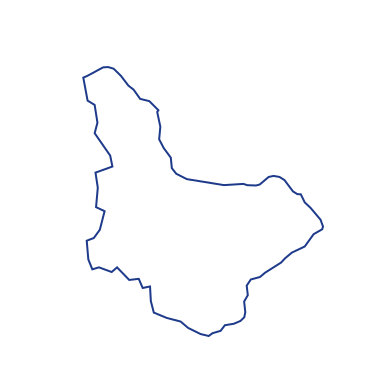 Besharik, Ferghana, Uzbekistan, rotated 165°
{"feature_id": "79887680B21144428059049", "entity_name": "Besharik", "entity_type": "district", "adm_level": 2, "iso_a3": "UZB", "parent_name": "Uzbekistan", "parent_adm1": "Ferghana", "projection": "equal_earth", "projection_center": [70.564, 40.365], "detail": "fine", "context": "isolated", "style": "outline", "palette": "blue", "viewbox_px": 384, "rotation_deg": 165, "n_neighbors": 0, "source": "geoboundaries", "source_scale": "gbopen_adm2", "svg_char_len": 1166}
<svg xmlns="http://www.w3.org/2000/svg" viewBox="0 0 384 384"><g transform="rotate(165 192 192)"><path d="M306.3,172.2L307.4,166.0L309.6,153.7L308.3,143.1L301.4,143.3L290.3,135.5L283.9,138.6L275.4,123.3L265.9,121.9L264.5,112.1L257.0,111.6L260.0,97.2L260.1,85.4L249.0,76.9L236.5,69.8L230.9,61.7L220.5,52.6L213.2,48.6L208.7,50.3L200.3,50.5L194.7,54.8L185.6,53.9L178.6,54.9L173.9,57.5L171.6,62.2L170.0,72.7L164.8,77.9L163.4,87.4L157.8,92.3L148.4,92.3L142.4,95.1L124.2,100.8L119.2,103.9L111.3,107.6L97.2,110.2L85.4,119.8L75.9,122.3L74.4,124.7L75.0,131.9L78.3,139.0L81.6,146.0L85.8,152.8L87.5,161.6L90.8,162.7L94.3,166.4L99.6,179.6L103.6,183.9L109.0,186.4L114.0,186.7L124.7,181.7L128.4,181.7L136.9,184.3L140.2,186.5L159.4,190.4L193.7,205.8L202.5,213.7L205.3,220.2L203.6,230.7L207.9,241.6L210.1,251.4L205.7,263.2L204.9,278.3L203.3,279.7L209.7,290.8L218.0,295.4L221.9,305.9L225.9,311.2L230.6,322.6L235.8,331.4L240.7,334.4L245.6,335.4L263.3,331.2L267.4,330.6L269.2,307.3L263.5,301.3L265.4,283.4L270.8,274.0L261.6,248.3L262.3,237.2L280.2,235.7L281.9,220.5L288.6,202.2L281.4,196.1L290.8,179.4L298.7,173.0L306.3,172.2Z" fill="none" stroke="#1e3a8a" stroke-width="2"/></g></svg>